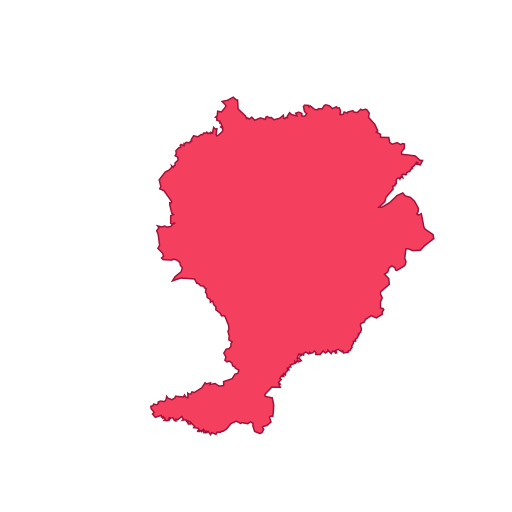 the district of Tsiroanomandidy, Bongolava, Madagascar, rotated 225°
{"feature_id": "10022922B70813515121555", "entity_name": "Tsiroanomandidy", "entity_type": "district", "adm_level": 2, "iso_a3": "MDG", "parent_name": "Madagascar", "parent_adm1": "Bongolava", "projection": "albers", "projection_center": [45.919, -18.728], "detail": "fine", "context": "isolated", "style": "filled", "palette": "rose", "viewbox_px": 512, "rotation_deg": 225, "n_neighbors": 0, "source": "geoboundaries", "source_scale": "gbopen_adm2", "svg_char_len": 6105}
<svg xmlns="http://www.w3.org/2000/svg" viewBox="0 0 512 512"><g transform="rotate(225 256 256)"><path d="M290.2,427.3L292.9,422.8L292.6,421.5L295.5,420.2L294.6,417.7L295.8,415.9L296.7,415.6L298.8,418.4L301.9,419.6L303.1,418.1L304.7,418.4L306.1,414.4L310.4,414.1L313.6,412.2L314.2,410.6L313.2,406.8L316.0,404.4L316.0,402.7L318.2,401.1L323.6,400.6L323.9,398.9L325.2,399.8L328.4,396.9L328.1,395.2L323.9,392.5L320.7,392.4L320.3,389.4L322.5,387.4L324.4,389.2L327.5,387.9L328.9,385.1L326.2,384.0L330.8,381.1L333.6,381.1L332.6,376.7L331.6,376.1L332.7,375.0L332.5,373.7L333.8,373.1L336.2,374.9L336.6,370.2L339.7,365.0L343.0,364.8L344.9,362.8L346.6,362.7L347.2,361.2L346.0,359.2L350.5,356.8L352.9,351.1L357.2,351.2L357.6,348.0L359.5,347.8L359.8,346.5L362.3,347.6L372.6,347.3L379.4,353.3L380.5,352.4L384.4,352.2L386.3,345.8L389.3,341.3L385.0,341.3L383.3,340.8L382.9,339.5L382.3,333.4L385.5,331.3L382.6,327.8L382.8,325.5L381.7,326.1L379.7,324.3L376.6,325.7L375.5,324.4L375.0,325.1L371.1,323.5L372.3,323.2L372.3,322.2L370.6,322.7L368.7,321.8L367.8,320.3L368.0,314.8L368.6,313.2L369.9,313.5L373.6,318.3L374.9,316.9L376.9,317.0L373.6,312.0L375.4,311.6L374.8,310.3L376.2,309.9L376.5,308.5L378.3,308.8L378.2,307.7L379.9,306.2L379.6,303.8L380.7,303.2L381.4,299.2L385.2,296.9L384.0,292.4L382.8,291.9L383.5,290.5L382.9,289.3L385.8,286.9L385.6,285.3L386.5,284.7L384.9,283.1L387.9,281.9L387.8,280.6L386.1,279.5L387.2,277.4L387.0,273.7L384.7,272.0L384.1,269.7L381.1,270.6L378.9,268.6L379.0,264.4L377.2,262.9L377.8,261.8L377.2,260.2L379.5,260.1L378.3,259.4L378.2,255.3L379.6,251.4L378.3,241.4L372.5,237.9L371.6,235.4L367.2,237.1L354.3,234.9L353.5,233.9L354.7,232.7L353.6,231.5L345.8,226.7L343.7,227.0L344.9,224.2L339.4,218.8L337.8,219.1L337.4,221.2L336.2,222.1L337.5,219.6L337.0,216.8L339.6,213.3L341.7,212.7L343.3,209.8L346.9,207.7L344.6,207.3L344.1,203.6L340.9,202.4L331.8,195.5L330.8,192.0L324.1,192.0L321.2,190.4L321.4,187.8L319.1,187.8L312.6,193.6L312.1,195.6L308.7,197.3L305.1,197.5L302.8,195.9L299.9,195.7L297.8,191.9L298.6,184.3L297.5,179.3L293.6,187.2L283.2,196.3L278.5,194.8L277.3,195.8L274.1,195.8L271.6,197.7L270.0,197.0L268.2,197.7L266.1,194.6L263.9,194.3L261.2,192.2L257.5,192.9L255.6,191.0L254.7,193.4L251.4,191.7L248.4,191.7L246.4,189.6L240.9,190.3L238.1,189.3L236.3,191.2L234.9,191.2L226.6,187.7L223.6,185.4L222.5,182.8L218.5,180.6L215.9,177.5L212.2,178.4L211.8,176.4L209.7,174.2L209.6,171.1L211.2,169.1L210.1,164.6L205.8,163.3L204.3,160.3L201.6,160.6L200.8,162.7L197.4,163.3L194.7,161.8L193.0,162.8L191.5,162.1L187.3,163.1L185.9,160.2L187.3,157.5L186.1,152.4L190.1,144.3L187.2,141.5L190.3,137.8L194.8,136.9L197.7,132.5L198.5,134.1L200.8,130.4L202.4,130.4L201.1,124.4L203.1,115.9L205.2,114.6L204.5,112.7L205.7,110.8L207.2,110.7L203.4,107.2L204.6,107.5L205.6,106.5L208.3,107.2L207.6,105.0L213.8,99.9L213.0,98.4L213.8,94.9L217.8,93.2L219.9,93.6L217.9,90.7L217.8,88.4L221.1,85.7L221.9,83.4L220.8,82.7L220.8,80.8L223.7,78.9L223.0,77.3L224.1,75.3L222.0,73.8L217.5,73.5L217.5,71.1L213.2,70.7L210.3,76.3L208.9,75.3L208.1,76.7L207.1,75.5L206.2,77.0L204.7,76.1L204.7,74.8L201.8,77.2L203.2,81.0L201.5,79.4L201.8,81.0L200.5,82.8L197.4,82.0L195.9,82.7L197.2,84.1L195.6,84.7L195.0,90.0L192.0,89.3L191.9,87.8L189.9,90.6L188.0,90.0L187.7,91.3L186.7,91.5L186.9,90.1L185.0,89.3L183.5,91.0L184.6,92.2L178.9,92.0L178.7,90.6L175.2,93.3L174.1,93.0L173.2,90.8L172.0,91.8L172.5,93.0L169.6,93.2L171.2,93.7L170.6,95.3L169.1,94.7L170.2,96.2L167.7,96.1L167.4,94.8L166.5,95.4L167.1,97.0L166.1,97.8L166.2,95.8L165.4,98.0L161.8,97.5L162.4,99.8L158.2,101.6L158.9,104.1L156.4,106.2L156.4,107.9L155.4,108.6L154.5,112.8L155.2,119.9L153.1,125.3L148.5,126.7L148.0,128.3L143.2,131.6L142.8,134.8L139.8,135.6L137.9,133.5L132.9,131.0L127.7,133.2L127.0,135.4L127.9,138.9L130.3,139.4L130.5,140.4L128.4,143.9L128.0,149.2L132.5,151.5L132.5,152.9L130.8,154.5L133.8,158.4L138.4,163.4L144.2,167.2L149.6,163.6L151.0,163.4L151.9,165.2L152.1,174.4L146.0,180.3L148.9,181.5L148.3,182.5L150.7,182.5L150.8,186.6L152.6,186.1L153.1,189.2L152.2,189.6L152.9,190.4L151.3,190.6L153.0,192.3L151.1,192.8L152.7,194.3L152.6,197.3L154.6,198.8L154.1,199.6L153.7,198.7L152.4,198.9L153.7,200.0L154.0,201.8L153.0,202.1L154.6,203.2L152.5,207.8L153.8,208.8L152.3,208.7L152.8,211.5L151.2,210.9L149.9,214.0L153.5,214.4L154.5,212.8L156.5,216.9L155.2,217.7L154.1,216.4L153.6,218.0L154.4,218.8L152.3,219.6L153.4,220.9L152.8,223.3L149.4,224.1L149.9,225.9L148.9,225.5L147.5,227.6L147.4,230.2L145.3,230.0L144.1,228.6L141.0,231.7L141.4,236.3L138.4,236.4L137.7,239.4L138.4,240.2L133.8,240.1L134.5,243.1L133.0,243.6L133.0,244.7L131.1,243.6L130.5,244.6L132.8,245.6L131.8,248.1L127.6,249.0L127.6,250.2L125.6,249.2L122.8,253.1L123.7,254.1L122.7,255.3L123.5,259.4L124.7,260.0L125.4,263.2L126.8,264.5L125.4,266.2L126.9,267.4L126.4,268.9L127.8,273.6L128.4,273.4L128.2,276.3L129.7,278.8L133.5,281.1L134.1,282.7L132.7,285.3L133.7,288.7L132.3,295.3L127.1,297.3L125.5,304.2L127.1,305.5L127.7,308.4L129.0,308.7L131.2,307.3L135.4,311.5L137.2,315.7L141.1,317.1L142.6,318.8L141.7,330.2L146.2,333.9L152.2,334.0L151.5,337.7L153.5,341.8L152.9,345.1L149.3,346.0L147.4,344.8L146.2,345.4L144.2,353.2L144.3,355.4L146.0,358.1L149.2,359.5L155.0,367.0L153.4,368.8L148.8,370.7L143.9,376.2L144.1,382.4L142.6,394.1L146.0,396.3L155.7,394.5L157.8,395.2L169.0,402.8L170.1,399.8L172.0,399.4L172.7,402.0L175.0,404.6L182.6,406.8L188.4,406.6L193.1,403.9L196.8,404.4L199.0,398.4L199.2,388.4L201.4,379.7L203.6,377.4L203.3,385.5L205.6,389.5L206.4,400.4L208.7,401.9L207.4,404.0L208.4,405.0L207.9,406.2L210.6,409.0L210.9,411.1L209.9,412.5L208.6,412.1L209.4,414.2L207.5,415.1L210.1,416.1L209.8,418.0L207.7,419.0L207.4,420.2L208.5,421.3L207.1,425.0L207.9,426.2L207.3,428.4L208.5,428.9L207.9,430.9L208.7,436.0L207.5,436.3L207.1,434.7L204.2,436.6L205.8,441.3L207.7,439.6L214.3,439.3L224.9,431.0L226.7,432.4L227.2,436.9L230.2,440.2L231.8,439.3L232.5,437.0L236.3,436.0L238.7,431.4L241.7,430.8L245.9,433.7L251.9,428.0L254.0,430.1L258.5,428.7L258.4,430.6L265.1,433.1L274.3,433.6L277.0,437.1L280.7,437.8L282.3,437.3L284.2,434.1L285.7,433.9L285.8,429.2L288.4,427.0L290.2,427.3Z" fill="#f43f5e" stroke="#9f1239" stroke-width="1.5"/></g></svg>